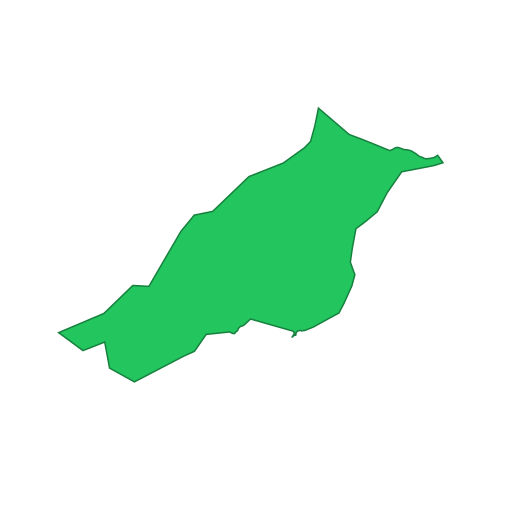 the district of Zu'unxangai, Uvs, Mongolia, rotated 58°
{"feature_id": "93677404B68741941608611", "entity_name": "Zu'unxangai", "entity_type": "district", "adm_level": 2, "iso_a3": "MNG", "parent_name": "Mongolia", "parent_adm1": "Uvs", "projection": "mercator", "projection_center": [95.512, 49.26], "detail": "fine", "context": "isolated", "style": "filled", "palette": "green", "viewbox_px": 512, "rotation_deg": 58, "n_neighbors": 0, "source": "geoboundaries", "source_scale": "gbopen_adm2", "svg_char_len": 1927}
<svg xmlns="http://www.w3.org/2000/svg" viewBox="0 0 512 512"><g transform="rotate(58 256 256)"><path d="M163.7,124.7L176.8,137.1L187.8,149.1L189.9,157.7L191.6,183.6L184.9,219.9L195.2,269.1L188.6,286.7L195.3,306.6L225.0,362.9L215.7,376.1L224.1,415.4L216.4,464.0L244.5,452.9L248.8,429.9L273.5,439.6L298.3,425.8L302.6,370.6L304.2,358.6L296.1,339.8L306.4,318.7L308.5,317.4L309.4,316.7L310.1,316.0L310.4,315.2L310.3,314.8L310.1,314.3L309.7,313.5L309.6,312.8L309.6,312.1L309.6,311.7L309.5,311.1L309.3,310.9L308.7,310.1L308.2,309.4L308.0,308.8L307.8,308.1L307.5,306.4L308.2,304.4L308.2,303.3L308.0,301.3L306.5,294.1L337.7,265.9L339.1,264.7L339.9,264.4L340.5,264.2L340.9,264.1L341.1,264.1L341.2,264.3L341.3,264.5L341.5,264.6L342.0,264.7L342.4,265.1L342.7,265.5L342.8,265.9L342.8,266.3L343.2,266.7L343.3,266.9L343.4,267.5L343.6,267.9L343.8,268.2L344.0,268.0L344.0,267.6L343.9,267.3L343.8,267.1L343.7,266.9L343.7,266.7L343.6,266.3L343.2,265.9L342.9,265.6L343.1,265.5L343.5,265.3L343.9,265.0L344.1,264.6L344.1,264.3L344.1,264.1L343.9,264.0L343.2,263.9L343.1,263.7L343.2,263.3L342.4,262.7L342.1,262.0L341.9,261.4L341.7,260.8L341.7,260.5L341.7,260.3L341.8,259.9L342.1,259.4L342.3,258.8L342.4,258.2L342.5,257.9L342.8,257.6L343.2,257.4L343.6,257.2L343.8,256.9L343.9,256.3L344.0,256.1L344.2,255.7L344.3,255.5L344.3,255.3L344.6,255.0L344.8,254.7L345.0,254.2L346.6,245.3L347.8,223.7L348.3,215.9L342.9,206.7L332.2,190.6L324.3,182.1L311.3,179.3L300.8,170.5L285.8,156.8L284.8,144.8L282.7,129.7L271.8,111.1L261.8,87.8L273.7,56.9L276.0,48.0L266.9,48.6L266.8,53.0L265.7,56.1L264.3,59.0L263.6,60.4L262.4,61.6L260.6,62.6L258.7,64.2L258.0,64.7L256.0,65.5L254.1,66.1L252.6,66.9L249.8,68.2L247.8,69.7L246.6,71.0L245.3,72.4L244.9,73.2L243.7,74.4L242.5,75.4L241.5,76.1L240.3,77.1L239.2,78.1L238.7,78.7L238.5,79.7L238.0,80.8L238.0,82.3L238.0,84.0L237.5,86.7L215.5,102.6L202.3,112.6L163.7,124.7Z" fill="#22c55e" stroke="#15803d" stroke-width="1.5"/></g></svg>